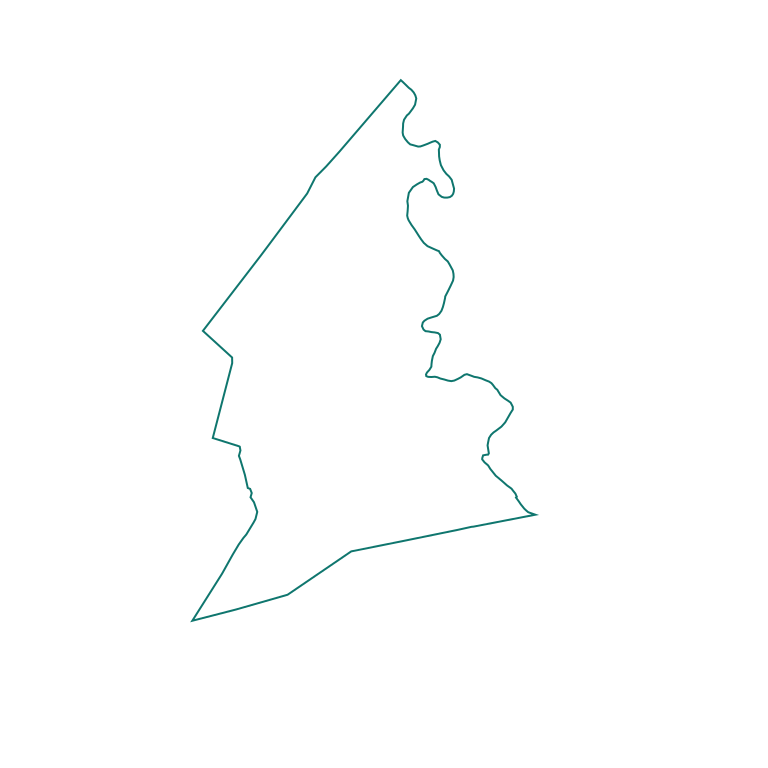 the district of Maghama, Gorgol, Mauritania, rotated 201°
{"feature_id": "47542326B54868139713795", "entity_name": "Maghama", "entity_type": "district", "adm_level": 2, "iso_a3": "MRT", "parent_name": "Mauritania", "parent_adm1": "Gorgol", "projection": "robinson", "projection_center": [-12.922, 15.535], "detail": "fine", "context": "isolated", "style": "outline", "palette": "teal", "viewbox_px": 768, "rotation_deg": 201, "n_neighbors": 0, "source": "geoboundaries", "source_scale": "gbopen_adm2", "svg_char_len": 2877}
<svg xmlns="http://www.w3.org/2000/svg" viewBox="0 0 768 768"><g transform="rotate(201 384 384)"><path d="M195.9,316.2L203.4,316.0L205.7,316.8L208.4,317.9L213.2,320.7L215.9,322.6L220.1,325.3L219.6,326.3L222.1,328.8L225.4,330.7L227.3,331.9L228.2,332.2L232.8,333.4L239.2,335.8L246.8,338.4L254.3,342.8L257.6,345.3L262.1,346.9L265.3,348.8L265.7,350.0L265.9,352.9L263.0,354.7L261.5,355.4L261.3,356.9L262.7,359.3L265.3,363.8L265.9,366.9L266.6,371.2L265.8,375.0L264.4,378.0L262.5,380.8L259.1,386.3L257.1,391.6L255.9,399.3L255.5,402.0L255.0,404.5L254.6,406.3L255.6,408.9L259.1,412.0L262.1,412.8L266.4,413.7L271.1,415.3L275.4,418.6L276.1,419.2L278.6,420.0L282.0,422.2L284.0,423.3L286.8,423.9L290.4,423.9L295.0,424.1L299.0,423.7L302.4,423.0L305.3,423.0L310.1,422.9L312.2,421.4L314.7,417.7L316.8,415.3L319.6,412.4L322.2,410.8L325.5,410.1L329.4,409.8L333.4,409.3L336.5,409.4L339.1,409.0L342.3,407.5L345.3,406.5L347.3,406.5L348.2,407.9L348.0,410.1L346.7,413.4L346.0,417.1L346.8,419.7L347.6,422.8L348.4,427.6L348.0,431.1L348.0,435.6L347.4,438.5L346.9,442.4L347.1,446.1L349.5,450.1L351.9,450.9L355.3,450.3L358.2,449.5L361.3,449.0L364.2,448.2L366.6,449.0L369.3,451.6L369.8,455.3L368.9,457.6L366.7,460.6L364.0,462.8L359.1,466.6L357.6,469.1L356.6,472.9L356.6,476.9L357.0,480.9L357.8,486.2L358.2,487.6L357.5,494.0L357.0,499.5L356.6,505.3L357.3,508.8L358.6,511.7L360.5,514.7L365.5,519.0L368.4,521.3L372.0,522.6L376.2,524.8L379.1,526.6L380.2,527.7L382.4,527.7L386.4,527.9L392.8,528.3L397.4,530.0L401.1,532.3L404.5,534.7L410.7,539.3L415.3,542.3L419.6,545.6L421.2,547.3L422.7,549.5L423.9,553.9L425.5,559.0L427.7,563.0L428.6,567.7L429.3,571.4L427.6,578.2L424.7,582.3L422.4,585.1L420.6,586.6L420.0,588.1L419.7,589.8L417.8,590.8L415.5,590.6L413.7,590.1L411.8,589.8L409.5,589.2L406.4,586.4L403.9,583.5L401.1,580.6L397.2,579.4L394.7,579.6L391.9,580.6L389.5,582.1L388.1,584.1L387.6,586.3L387.8,588.7L388.6,591.5L394.0,598.9L397.6,601.1L401.1,602.5L404.9,604.8L409.3,608.7L412.1,612.7L414.1,616.2L415.7,620.0L416.8,622.5L416.8,625.2L417.6,627.4L420.3,628.8L423.2,629.3L425.4,627.7L427.4,625.8L429.3,623.9L432.9,620.7L435.2,618.8L437.2,617.9L442.9,617.4L445.4,617.1L448.3,618.2L452.0,620.3L454.0,621.9L455.2,622.9L456.7,625.4L458.5,631.2L459.5,634.1L460.0,637.9L458.9,642.9L457.6,645.3L455.8,651.7L455.1,655.9L456.2,662.1L458.2,664.7L460.7,666.8L463.9,668.5L467.0,669.4L474.4,672.6L477.2,673.7L508.8,585.2L515.9,566.5L522.1,552.4L524.0,534.3L542.2,469.7L545.2,459.2L572.1,368.7L535.3,354.3L533.2,349.1L524.5,272.2L497.1,273.9L496.2,273.8L494.2,270.5L493.7,264.9L491.2,262.1L481.3,249.3L473.9,238.1L471.4,238.1L468.4,234.8L468.0,230.4L463.0,227.0L456.5,219.2L455.6,211.9L456.1,208.1L458.6,194.2L460.1,189.9L462.1,182.1L464.1,170.5L467.2,148.9L478.1,94.3L441.4,120.4L398.5,152.7L354.6,216.0L307.8,245.6L262.5,274.5L251.0,282.1L249.5,282.8L195.9,316.2Z" fill="none" stroke="#0f766e" stroke-width="2"/></g></svg>